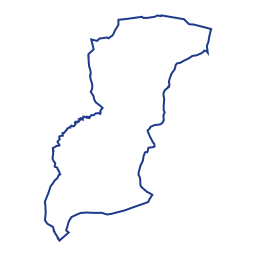 outline of Suehn Mecca, Bomi, Liberia
{"feature_id": "62588387B34365926899718", "entity_name": "Suehn Mecca", "entity_type": "district", "adm_level": 2, "iso_a3": "LBR", "parent_name": "Liberia", "parent_adm1": "Bomi", "projection": "mercator", "projection_center": [-10.641, 6.716], "detail": "fine", "context": "isolated", "style": "outline", "palette": "blue", "viewbox_px": 256, "rotation_deg": 0, "n_neighbors": 0, "source": "geoboundaries", "source_scale": "gbopen_adm2", "svg_char_len": 3723}
<svg xmlns="http://www.w3.org/2000/svg" viewBox="0 0 256 256"><path d="M91.2,39.4L91.2,39.5L92.8,45.6L93.6,49.4L91.5,51.4L88.7,53.9L88.3,54.7L88.6,56.2L88.4,56.2L88.7,61.3L89.1,66.4L90.1,69.3L90.6,71.6L90.7,74.6L90.0,75.4L90.6,79.1L92.1,83.9L92.3,87.0L92.0,89.4L90.7,91.8L92.3,94.1L93.5,96.2L93.9,98.2L94.1,99.2L95.7,102.3L99.8,105.4L102.6,108.0L100.9,110.0L100.2,111.5L100.6,112.5L100.4,113.0L100.1,113.9L98.4,113.1L95.5,113.5L93.7,115.2L91.3,115.1L89.9,117.1L87.6,116.8L88.4,117.9L86.5,117.6L83.4,116.5L82.8,117.9L82.8,119.5L80.8,118.1L79.4,118.9L81.0,119.5L79.4,120.4L78.7,121.7L77.8,121.4L77.3,122.3L76.3,121.7L75.3,121.8L74.9,122.5L75.3,124.0L75.5,124.1L74.3,125.9L73.3,126.4L71.4,125.6L70.5,126.4L70.4,127.2L70.4,127.5L69.0,127.5L68.1,128.2L67.2,128.6L67.0,129.5L65.6,131.0L64.2,132.8L63.6,133.0L62.6,133.0L62.8,135.7L62.4,135.7L61.6,135.7L59.4,136.4L59.2,137.3L59.7,139.3L58.6,140.4L57.5,141.8L58.4,143.5L59.5,145.2L58.4,145.8L56.7,145.9L55.5,146.6L52.8,148.1L53.4,150.8L53.0,150.8L53.2,153.5L52.5,158.7L53.8,161.3L55.2,163.0L55.2,164.1L54.6,166.3L55.1,167.0L57.1,167.5L57.9,169.7L58.3,169.9L60.1,174.2L60.2,174.4L59.0,175.1L58.7,175.1L57.4,178.1L54.8,180.4L54.5,180.8L52.4,184.1L50.7,186.0L49.4,190.0L48.6,192.4L48.5,192.8L44.9,201.6L45.4,205.7L45.4,206.3L45.7,213.4L45.1,218.8L44.9,220.2L47.3,223.7L52.9,226.9L54.4,231.5L54.1,231.5L58.5,238.7L58.1,238.8L59.5,240.6L62.1,238.2L67.9,233.2L68.7,232.5L66.8,230.9L66.2,230.4L66.6,228.7L67.0,227.8L67.9,224.7L68.6,222.0L69.2,220.8L71.1,217.7L71.4,217.1L72.6,216.5L77.8,214.1L80.1,213.2L80.5,213.0L83.2,212.8L86.5,212.5L91.8,212.8L92.2,212.8L97.7,212.9L99.2,212.9L101.0,212.8L101.6,212.8L105.1,213.9L107.2,214.5L110.8,213.9L111.3,213.9L113.1,213.4L115.6,212.7L116.2,212.6L117.0,212.4L123.5,210.7L125.9,210.0L129.0,208.8L133.1,207.3L137.2,205.9L143.6,203.7L148.2,202.0L149.5,199.3L151.3,196.3L152.4,195.0L152.2,194.8L150.6,193.7L147.3,192.0L147.0,191.9L144.4,189.6L141.4,187.0L140.4,185.3L140.2,179.4L139.5,176.5L138.9,175.6L138.5,174.9L138.7,172.8L138.7,172.1L139.5,169.4L140.5,165.4L141.1,164.3L142.9,160.6L143.4,157.1L143.8,155.3L144.4,154.4L144.7,152.9L145.4,152.1L147.2,152.2L147.9,150.7L148.0,148.8L148.4,148.2L148.6,147.7L152.9,147.2L154.2,146.7L154.5,146.5L154.4,145.7L154.4,144.4L154.3,144.0L152.8,142.1L151.2,138.9L150.4,137.4L150.3,137.2L149.2,134.9L149.0,134.3L148.2,132.3L148.0,132.1L147.6,131.2L147.9,130.1L149.5,128.9L150.1,127.7L150.2,127.4L150.3,127.1L150.6,126.8L151.5,126.4L154.5,125.1L159.9,124.5L160.6,124.0L160.9,123.9L161.1,123.8L161.9,123.3L162.4,122.6L163.0,122.1L163.2,121.2L163.8,120.2L163.7,119.2L163.4,115.1L163.5,115.0L164.7,112.5L164.4,111.9L163.7,110.2L163.7,108.8L163.7,107.3L163.6,107.0L164.2,98.8L164.0,98.1L163.9,97.7L163.5,95.3L163.5,94.9L163.6,92.9L164.7,90.5L164.8,90.4L165.2,89.8L168.8,87.0L168.4,86.7L168.7,86.5L169.4,85.3L169.3,83.4L169.1,82.9L168.9,82.3L169.1,80.9L169.6,79.2L169.7,78.7L170.7,75.9L171.1,74.4L172.6,72.2L174.7,69.2L175.4,66.3L175.6,65.3L175.7,64.9L177.2,63.3L180.0,62.9L184.3,60.5L188.8,58.3L192.4,55.9L196.2,55.4L197.8,54.8L198.4,54.5L200.9,53.5L202.7,52.3L203.8,51.5L204.2,50.7L205.5,50.8L206.2,50.9L206.6,51.3L207.4,52.2L207.7,52.6L207.5,50.9L207.4,50.1L206.9,46.1L208.5,41.5L209.2,37.0L210.9,29.8L211.1,29.0L194.0,24.6L193.7,24.5L190.9,24.4L190.5,24.3L189.9,24.2L188.9,24.1L188.6,23.8L184.0,19.2L161.4,15.4L161.0,16.1L157.5,15.5L157.1,15.6L154.7,16.8L148.6,17.7L145.2,18.0L144.9,17.9L143.1,17.9L141.9,16.8L127.0,18.9L119.3,19.7L118.4,19.8L118.4,24.9L116.2,28.5L115.1,30.2L115.0,30.4L113.6,33.5L112.8,35.2L112.7,35.3L110.2,37.0L109.4,37.7L108.7,38.2L108.6,38.3L108.1,38.0L106.8,37.5L106.6,37.5L103.0,38.1L99.6,38.5L97.8,40.2L97.0,40.9L93.7,40.1L91.2,39.4Z" fill="none" stroke="#1e3a8a" stroke-width="2"/></svg>